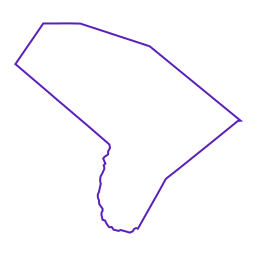 outline of Nova Colinas, Maranhão, Brazil
{"feature_id": "56859067B45184802604131", "entity_name": "Nova Colinas", "entity_type": "district", "adm_level": 2, "iso_a3": "BRA", "parent_name": "Brazil", "parent_adm1": "Maranhão", "projection": "orthographic", "projection_center": [-46.287, -7.173], "detail": "fine", "context": "isolated", "style": "outline", "palette": "violet", "viewbox_px": 256, "rotation_deg": 0, "n_neighbors": 0, "source": "geoboundaries", "source_scale": "gbopen_adm2", "svg_char_len": 799}
<svg xmlns="http://www.w3.org/2000/svg" viewBox="0 0 256 256"><path d="M240.6,120.7L149.7,46.3L80.4,23.6L69.8,23.4L43.2,23.5L42.3,24.9L35.3,35.1L15.4,64.1L51.2,94.6L57.3,99.9L87.0,125.1L109.4,144.5L110.0,148.0L108.2,151.2L108.0,154.4L106.6,155.5L104.5,156.8L103.2,158.6L105.4,163.6L103.7,165.3L104.3,167.4L104.2,169.2L102.1,173.8L100.6,176.3L100.2,178.9L100.2,181.7L100.8,183.7L99.8,188.1L98.9,192.1L97.8,194.5L97.9,197.7L99.0,200.4L99.2,204.0L102.6,208.8L102.6,210.7L101.7,212.3L101.4,214.5L102.6,219.8L105.0,220.5L106.7,223.9L109.2,227.2L111.7,227.0L113.6,229.7L118.6,230.9L120.5,230.0L124.3,231.0L127.5,231.9L129.8,232.6L132.7,231.3L134.0,229.1L136.0,228.1L137.9,228.7L158.5,192.2L165.8,178.9L178.4,169.0L208.5,144.8L237.8,121.0L240.6,120.7Z" fill="none" stroke="#5b21b6" stroke-width="2"/></svg>